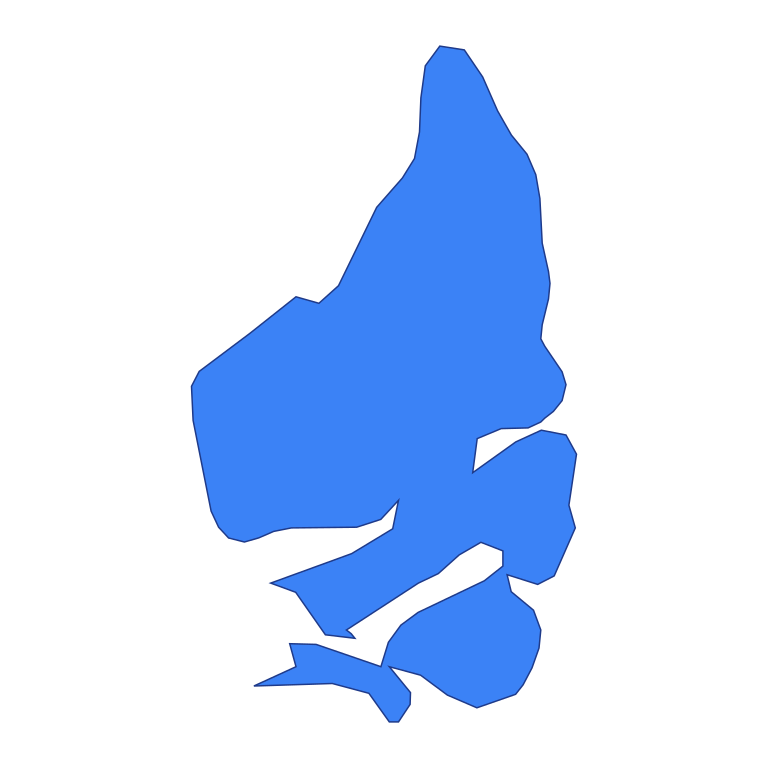 South Andros, Mercator projection
{"feature_id": "BHS-5022", "entity_name": "South Andros", "entity_type": "District", "adm_level": 1, "iso_a3": "BHS", "parent_name": "The Bahamas", "parent_adm1": "", "projection": "mercator", "projection_center": [-77.637, 23.971], "detail": "fine", "context": "isolated", "style": "filled", "palette": "blue", "viewbox_px": 768, "rotation_deg": 0, "n_neighbors": 0, "source": "natural_earth", "source_scale": "10m", "svg_char_len": 1303}
<svg xmlns="http://www.w3.org/2000/svg" viewBox="0 0 768 768"><path d="M296.0,296.8L318.9,303.3L338.5,285.7L376.7,207.3L402.4,178.0L414.5,158.5L419.5,132.0L420.9,97.8L425.3,65.8L439.8,46.1L464.3,49.9L482.7,77.0L497.6,110.9L511.4,135.1L527.0,154.2L535.8,174.7L539.9,198.5L542.2,243.1L548.5,271.6L550.0,283.4L548.5,298.9L542.2,324.8L540.8,338.8L544.8,346.3L562.1,371.8L566.0,384.7L562.1,400.6L553.4,411.4L544.8,418.1L540.8,422.0L528.1,427.9L501.2,428.6L477.2,438.6L472.7,472.7L515.8,441.9L541.3,430.2L566.0,435.0L576.5,454.2L568.9,505.2L575.3,527.9L554.2,575.9L537.7,584.4L507.1,574.7L511.2,591.7L533.5,610.2L540.8,630.0L539.0,648.1L532.0,667.9L523.1,684.8L515.6,694.3L476.9,707.8L447.4,695.1L420.6,675.2L389.3,666.7L410.5,692.6L410.1,704.4L398.5,721.9L389.3,721.9L368.9,693.3L332.3,683.5L253.9,686.0L296.0,666.7L289.7,643.7L316.1,644.4L380.9,666.7L388.4,642.3L400.9,625.1L418.1,612.4L484.3,580.8L502.9,566.1L502.9,550.9L480.9,542.3L459.2,554.9L438.3,573.6L418.4,583.1L346.4,630.0L351.2,633.7L354.9,638.3L325.4,634.8L295.7,592.3L270.7,583.1L351.7,553.6L392.7,528.8L398.5,500.3L380.8,519.4L356.7,527.2L291.4,527.9L273.7,531.4L258.7,537.9L244.4,542.0L228.6,538.0L218.6,527.2L211.1,511.1L193.1,420.4L191.5,386.3L199.2,371.4L249.7,333.5L296.0,296.8Z" fill="#3b82f6" stroke="#1e3a8a" stroke-width="1.5"/></svg>